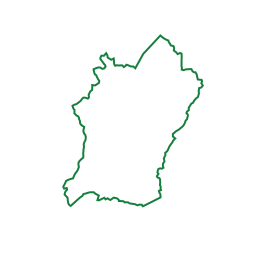 the district of Ivaí, Paraná, Brazil, rotated 63°
{"feature_id": "56859067B22036579453125", "entity_name": "Ivaí", "entity_type": "district", "adm_level": 2, "iso_a3": "BRA", "parent_name": "Brazil", "parent_adm1": "Paraná", "projection": "orthographic", "projection_center": [-50.861, -24.996], "detail": "fine", "context": "isolated", "style": "outline", "palette": "green", "viewbox_px": 256, "rotation_deg": 63, "n_neighbors": 0, "source": "geoboundaries", "source_scale": "gbopen_adm2", "svg_char_len": 3015}
<svg xmlns="http://www.w3.org/2000/svg" viewBox="0 0 256 256"><g transform="rotate(63 128 128)"><path d="M51.4,113.5L52.7,116.6L51.5,118.8L52.5,120.3L53.8,121.3L60.3,120.2L61.6,119.8L63.1,120.1L64.1,122.1L63.7,124.0L61.3,125.5L60.5,127.2L60.2,129.4L60.0,132.0L61.8,132.6L63.4,132.9L65.1,133.2L66.3,132.4L69.2,132.5L70.8,132.5L73.0,132.2L74.6,133.4L74.9,135.6L75.1,138.0L73.5,140.4L75.6,141.4L77.8,142.7L78.3,145.0L80.4,147.9L83.0,148.9L83.6,150.4L81.6,152.3L80.7,154.0L81.4,156.2L82.2,157.5L83.0,161.1L83.3,163.2L82.9,165.2L83.0,167.4L86.0,167.8L87.8,167.5L90.6,169.1L93.5,168.2L94.8,167.2L96.5,167.0L98.1,167.6L99.9,167.6L101.5,168.4L103.3,168.5L105.0,167.8L107.2,166.5L108.6,167.8L110.4,169.2L112.8,169.6L114.7,169.2L117.0,169.7L119.6,171.5L120.8,173.3L122.3,174.8L124.7,175.7L127.2,177.6L129.1,178.6L130.3,179.5L132.4,180.3L134.0,181.3L134.8,184.4L135.6,186.6L136.6,188.0L138.4,188.9L140.5,189.5L142.4,191.6L143.6,193.4L144.2,194.9L145.6,197.2L147.9,199.8L147.4,202.1L147.1,204.3L147.0,207.1L148.1,208.4L149.4,210.1L151.0,212.4L153.0,212.4L153.7,209.9L155.2,210.2L156.0,212.2L156.9,213.4L158.5,214.7L160.9,214.0L162.7,213.5L165.1,214.5L167.0,215.1L168.3,215.4L169.8,215.3L171.4,214.4L168.1,202.1L167.8,199.4L166.6,197.6L167.2,195.6L167.4,193.9L167.8,191.8L168.5,190.0L169.8,187.6L171.5,187.0L172.9,186.1L174.9,184.7L176.4,186.1L178.4,188.0L179.3,186.6L179.3,184.2L179.4,180.8L181.4,180.4L181.4,178.1L182.7,177.4L184.1,176.5L183.9,174.4L183.5,172.5L185.0,170.5L186.1,169.5L187.6,168.9L188.9,169.3L189.8,167.6L191.3,165.2L192.7,164.8L193.3,163.4L194.4,161.6L195.9,160.8L197.4,158.7L198.9,156.5L201.2,154.7L201.4,152.7L202.6,150.6L204.5,150.3L204.6,142.0L204.6,130.5L203.2,129.9L201.8,129.2L200.1,129.4L198.0,128.9L198.3,126.8L196.8,126.5L195.3,125.6L193.3,125.4L191.1,124.0L188.2,122.7L186.8,122.9L185.4,124.2L184.0,124.1L182.7,121.7L181.1,122.0L179.6,120.9L178.4,119.6L178.5,117.7L179.6,116.4L179.5,114.5L177.2,114.0L175.5,112.8L174.4,110.7L171.4,109.9L168.9,106.8L167.0,106.1L166.5,103.6L164.6,101.1L163.3,99.6L162.3,97.9L161.0,95.1L159.9,93.7L159.2,92.2L158.8,90.7L155.9,91.8L153.7,90.8L152.6,86.3L152.6,83.7L152.0,81.3L151.6,79.5L151.1,77.8L150.1,76.1L148.9,74.6L147.6,73.3L147.0,71.5L144.5,69.3L143.2,68.6L141.3,69.2L140.2,68.1L139.7,65.8L137.5,64.6L135.1,60.6L135.0,58.4L133.8,57.0L132.6,54.1L132.1,51.6L129.3,49.0L127.2,48.3L124.7,46.4L125.2,44.5L124.2,42.1L121.3,42.3L120.1,40.8L118.5,40.6L117.6,42.1L116.4,43.8L111.5,42.5L109.0,42.6L108.3,43.9L106.9,44.7L104.3,44.8L102.9,47.8L102.0,49.9L101.7,52.3L100.4,53.6L98.8,52.6L97.2,52.3L95.6,51.4L91.3,49.2L89.5,48.1L88.0,47.4L86.0,46.5L84.8,47.7L84.7,50.2L82.4,50.7L79.8,52.0L77.8,50.6L75.7,50.3L73.8,52.4L72.0,52.3L70.0,52.7L68.4,52.3L66.6,53.9L64.3,55.4L62.0,56.5L60.3,57.2L68.9,80.8L78.1,94.4L75.7,95.3L74.3,97.7L72.1,99.4L70.9,100.7L71.6,102.1L71.8,104.1L69.7,104.6L68.9,106.0L68.1,107.9L67.0,109.5L66.7,111.2L64.7,111.3L61.6,110.0L59.6,109.2L59.6,111.9L57.7,113.1L56.0,114.1L53.9,113.4L51.4,113.5Z" fill="none" stroke="#15803d" stroke-width="2"/></g></svg>